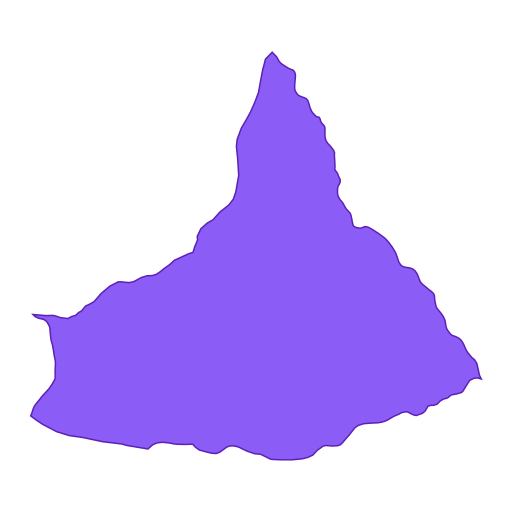 Dungtoe, Samchi, Bhutan
{"feature_id": "84629894B66933064417365", "entity_name": "Dungtoe", "entity_type": "district", "adm_level": 2, "iso_a3": "BTN", "parent_name": "Bhutan", "parent_adm1": "Samchi", "projection": "mercator", "projection_center": [89.168, 27.049], "detail": "fine", "context": "isolated", "style": "filled", "palette": "violet", "viewbox_px": 512, "rotation_deg": 0, "n_neighbors": 0, "source": "geoboundaries", "source_scale": "gbopen_adm2", "svg_char_len": 4565}
<svg xmlns="http://www.w3.org/2000/svg" viewBox="0 0 512 512"><path d="M30.7,415.9L36.6,420.3L42.8,424.4L56.7,431.7L69.3,435.6L82.3,437.4L102.7,441.7L121.8,444.0L127.1,445.5L144.6,448.4L147.9,449.0L152.8,444.7L157.0,442.9L162.3,442.3L169.1,442.9L173.8,443.9L178.0,444.3L184.0,444.4L187.8,444.4L190.0,444.2L192.9,444.3L195.4,447.2L199.3,450.0L203.7,451.2L208.9,452.6L212.3,453.3L216.1,453.5L218.1,452.9L219.9,452.1L223.1,449.8L226.6,447.2L229.5,446.0L233.5,445.9L236.7,446.5L239.4,447.4L241.7,448.6L247.2,451.2L254.9,453.8L260.5,454.2L267.6,457.7L269.9,458.9L273.3,459.5L281.7,459.8L292.2,459.8L302.4,458.8L307.8,457.4L312.8,455.1L317.1,450.5L318.8,449.2L323.0,446.2L325.4,445.5L329.5,445.8L332.4,446.0L336.1,445.8L337.8,445.7L340.6,444.6L342.8,442.4L346.0,438.6L349.3,434.9L351.2,432.4L354.9,427.8L358.1,425.5L363.6,423.7L371.0,423.1L373.6,423.0L377.9,422.8L381.5,422.2L384.2,421.4L387.0,420.3L393.5,416.5L395.0,415.8L399.3,414.0L400.9,412.9L404.3,412.0L407.4,411.8L411.1,413.8L413.8,415.0L416.4,415.5L418.5,414.7L422.3,413.4L425.0,411.2L426.9,408.1L427.8,406.4L430.3,405.4L433.3,405.3L435.4,404.8L437.4,404.0L440.1,401.1L443.3,399.1L446.6,398.3L448.0,397.6L451.3,394.9L457.2,393.8L461.7,392.4L463.0,391.1L465.8,386.5L469.5,380.7L471.5,379.4L474.4,378.2L477.6,377.9L481.3,379.0L479.5,375.3L478.2,369.5L476.8,363.4L474.3,359.4L472.4,358.1L470.9,356.4L469.3,354.5L467.9,352.7L466.6,350.7L465.5,348.6L464.6,346.4L463.6,344.2L462.4,342.1L461.1,340.2L459.4,338.6L457.3,337.4L455.2,336.4L452.9,335.7L450.9,334.5L449.4,332.7L448.0,330.8L446.7,328.7L446.0,326.5L445.6,324.2L445.3,321.8L444.7,319.5L443.7,317.4L442.5,315.3L441.1,313.4L439.6,311.5L438.1,309.7L436.7,307.9L435.9,305.6L435.4,303.3L434.9,301.0L434.6,298.6L434.5,296.1L433.8,294.0L432.3,292.3L430.4,290.7L428.5,289.3L426.7,287.7L424.8,286.2L423.0,284.7L421.3,283.1L420.0,281.1L419.1,278.9L418.3,276.7L417.4,274.4L416.2,272.4L414.7,270.5L412.8,269.0L410.7,268.2L408.4,267.7L406.0,267.4L403.7,266.8L401.6,265.8L400.0,263.9L398.8,261.9L398.0,259.6L397.3,257.4L396.5,255.1L395.7,252.9L394.5,250.9L393.3,248.8L392.0,246.8L390.6,244.9L389.2,243.0L387.7,241.2L386.1,239.4L384.4,237.8L382.5,236.4L380.6,235.0L378.7,233.6L376.7,232.3L374.7,231.0L372.7,229.7L370.7,228.5L368.6,227.4L366.3,226.6L364.1,226.8L361.9,227.9L359.6,228.2L357.3,227.7L355.0,227.1L353.2,225.6L352.6,223.3L352.1,220.9L351.7,218.6L351.2,216.2L350.7,214.4L350.0,213.0L348.4,211.2L346.7,209.5L345.4,207.6L344.2,205.5L343.1,203.4L341.7,201.5L340.1,199.7L338.9,197.7L337.9,195.5L337.5,193.2L337.5,190.8L337.6,188.4L338.1,186.1L339.4,184.1L340.2,181.9L340.2,179.6L339.1,177.5L338.2,175.3L337.4,173.1L335.9,171.2L334.7,169.2L335.0,166.8L334.9,164.5L334.8,162.1L334.7,159.7L334.5,157.3L334.4,155.0L334.5,152.5L333.6,150.4L332.3,148.5L330.8,146.6L329.2,144.8L327.5,143.1L326.3,141.1L325.4,138.9L325.0,136.6L325.0,134.2L324.9,131.8L325.0,129.4L324.8,127.0L323.7,125.1L321.9,123.4L320.7,121.3L320.1,118.9L319.0,117.2L316.7,116.8L314.9,115.2L313.3,113.5L311.8,111.6L310.8,109.5L309.9,107.3L309.3,105.0L308.6,102.7L307.8,100.5L306.3,98.7L304.2,97.7L301.9,96.9L299.7,96.0L297.8,94.8L296.4,92.8L295.1,90.8L294.7,88.5L294.7,86.1L294.8,83.8L295.0,81.4L295.2,79.0L295.4,76.7L295.4,74.3L294.6,72.0L293.2,70.2L291.0,69.4L288.8,68.4L286.8,67.2L284.8,66.0L282.8,64.7L280.9,63.3L279.3,61.5L278.1,59.5L277.0,57.4L275.5,55.6L273.8,53.9L272.2,52.2L265.5,59.1L262.6,70.2L260.5,81.3L258.5,92.4L254.7,102.6L250.5,112.0L246.8,118.8L241.3,128.2L237.2,139.3L236.4,146.2L237.7,159.3L238.7,175.5L235.8,191.9L233.3,199.2L228.7,205.1L219.9,212.0L213.1,219.7L207.2,223.1L200.9,228.7L197.2,236.4L197.6,239.8L194.7,246.8L193.0,252.4L188.8,253.7L174.5,260.2L169.8,264.5L163.9,268.7L160.1,271.8L156.4,274.3L152.1,275.6L147.5,275.7L141.6,277.4L133.6,281.7L128.9,282.6L120.9,281.8L118.3,281.8L109.9,286.1L101.0,293.6L97.7,297.5L93.9,301.8L89.3,304.3L85.5,306.1L81.7,310.8L78.7,312.5L75.4,315.5L72.0,316.4L67.8,318.5L60.6,317.7L56.1,316.1L53.0,315.4L45.9,315.6L36.9,314.8L33.0,314.5L35.0,316.5L37.1,317.6L39.3,318.4L41.7,318.9L44.0,319.6L45.8,320.8L47.4,322.6L48.6,324.8L49.6,326.9L50.0,329.2L50.1,331.7L50.4,334.0L50.6,336.4L50.9,338.7L51.3,341.1L52.0,343.3L52.6,345.6L53.0,348.0L53.4,350.3L53.8,352.6L54.1,355.0L54.6,357.3L55.1,359.7L55.4,362.0L55.4,364.4L55.3,366.7L55.2,369.1L55.1,371.5L55.1,373.9L55.2,376.3L55.1,378.6L54.1,380.7L52.9,382.8L51.7,384.8L50.4,386.8L49.0,388.7L47.4,390.5L45.8,392.2L44.2,393.9L42.6,395.7L41.1,397.5L39.7,399.4L38.2,401.2L36.6,403.1L35.2,405.0L34.0,406.9L33.1,409.1L32.4,411.4L31.6,413.7L30.7,415.9Z" fill="#8b5cf6" stroke="#5b21b6" stroke-width="1.5"/></svg>